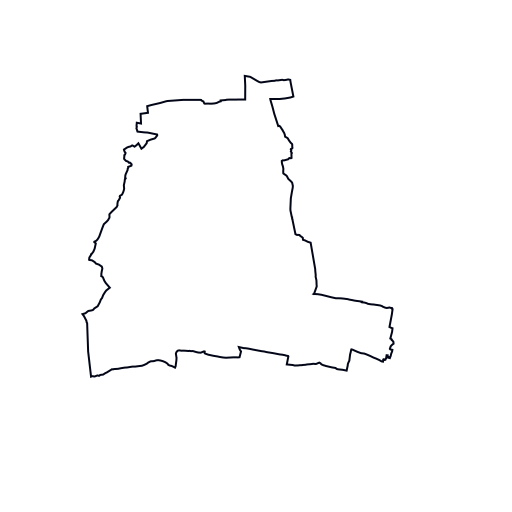 Lipovat, Vaslui, Romania, rotated 293°
{"feature_id": "2599482B42630334171019", "entity_name": "Lipovat", "entity_type": "district", "adm_level": 2, "iso_a3": "ROU", "parent_name": "Romania", "parent_adm1": "Vaslui", "projection": "orthographic", "projection_center": [27.694, 46.559], "detail": "fine", "context": "isolated", "style": "outline", "palette": "ink", "viewbox_px": 512, "rotation_deg": 293, "n_neighbors": 0, "source": "geoboundaries", "source_scale": "gbopen_adm2", "svg_char_len": 6107}
<svg xmlns="http://www.w3.org/2000/svg" viewBox="0 0 512 512"><g transform="rotate(293 256 256)"><path d="M260.4,402.5L260.4,402.0L261.2,401.6L261.1,400.9L260.8,400.1L260.8,399.5L260.7,398.8L260.1,398.1L259.2,396.6L258.9,394.9L258.9,392.9L258.9,392.2L259.1,391.8L259.0,389.7L258.6,388.2L258.5,387.7L257.5,384.0L257.3,383.1L257.1,382.7L256.3,380.2L255.7,377.6L255.8,376.2L255.5,373.9L254.8,371.8L254.7,371.1L254.9,370.9L255.3,371.0L255.1,370.2L253.5,364.4L253.0,361.8L252.3,358.8L252.2,357.6L251.1,353.6L250.1,350.4L248.3,346.0L247.4,341.2L246.7,336.6L245.9,331.5L245.0,327.8L244.5,326.5L244.1,325.2L243.9,324.7L243.5,324.1L243.5,323.9L244.0,324.2L251.5,323.8L252.1,323.6L253.6,322.8L255.6,321.9L257.4,321.0L260.2,319.0L261.8,318.4L265.6,316.3L267.1,315.6L289.6,301.1L289.3,298.1L289.5,295.1L289.3,292.9L291.0,292.0L291.4,290.8L291.8,288.7L292.2,288.2L292.3,287.8L291.8,286.2L291.4,285.6L291.5,283.8L302.9,275.9L304.1,275.2L304.3,274.7L305.8,274.1L305.9,273.7L311.4,269.9L313.1,269.1L322.8,265.5L329.1,264.0L333.3,263.1L335.0,262.5L337.5,260.7L337.9,260.1L338.5,258.7L339.6,255.6L341.6,253.2L342.0,252.2L342.6,249.1L342.8,248.8L344.5,248.0L347.0,247.1L349.1,245.7L350.5,244.4L352.1,243.3L353.6,242.6L354.5,243.2L354.9,244.4L357.6,247.8L359.2,248.4L359.6,249.9L360.1,250.4L364.1,248.6L364.6,248.8L365.1,248.5L365.7,247.3L367.0,247.2L367.8,246.3L368.1,246.3L369.2,247.3L369.7,247.3L370.9,246.6L372.6,245.9L373.2,245.4L373.9,243.5L375.4,241.0L376.5,239.6L376.9,238.9L377.2,236.2L378.9,235.1L380.2,233.9L382.2,231.2L382.6,230.9L382.7,230.5L384.3,228.2L384.9,226.9L384.9,226.5L384.3,225.7L394.1,217.2L399.7,212.9L405.3,208.3L406.1,207.8L409.9,216.7L412.4,221.2L415.4,225.8L417.4,228.1L429.5,219.9L431.5,218.7L431.1,216.6L430.0,215.1L428.9,213.3L428.6,212.5L428.6,211.8L428.2,210.9L426.1,207.4L425.6,206.0L424.5,204.6L423.3,202.1L417.7,192.8L417.4,191.1L417.6,188.8L418.6,181.2L418.6,180.4L417.4,175.3L408.7,179.5L395.8,184.9L389.4,170.0L388.3,167.8L387.7,167.1L385.4,162.7L384.6,163.1L383.8,162.0L381.5,160.0L381.0,159.3L380.2,158.1L378.8,155.5L377.5,152.2L376.2,149.3L376.2,148.8L377.7,147.2L377.8,145.1L378.2,144.6L378.0,143.8L371.4,128.2L364.1,114.0L363.3,112.8L359.4,108.0L354.1,100.7L351.4,97.3L345.6,100.6L342.9,96.1L341.8,94.2L333.0,98.4L332.1,94.2L329.0,95.2L328.8,95.6L327.4,96.0L326.9,96.0L324.2,98.3L326.1,104.7L327.3,108.1L329.2,117.5L328.6,117.9L328.1,117.9L325.4,117.2L324.6,116.8L321.9,113.5L319.1,110.8L317.1,111.3L312.5,110.1L310.0,108.6L313.8,103.7L311.3,102.7L309.2,101.5L309.5,99.1L309.3,98.7L307.8,97.7L306.6,96.0L305.1,94.6L304.0,94.0L302.5,92.9L302.2,92.9L300.5,94.5L300.1,95.5L299.7,95.7L298.2,95.8L297.6,95.4L297.4,95.4L296.2,95.9L294.4,96.4L293.6,97.0L292.7,99.4L292.9,100.8L292.8,101.4L292.2,102.6L292.3,102.9L292.6,103.1L292.7,103.7L292.5,104.3L292.1,104.6L292.0,105.4L291.4,105.9L290.5,106.0L289.9,105.5L288.1,103.5L287.2,103.9L286.2,103.8L285.0,104.2L280.5,104.1L279.3,104.2L276.5,105.1L276.5,105.7L276.3,105.7L275.1,105.4L273.2,106.0L269.5,106.7L266.5,108.3L265.1,108.6L263.0,108.8L260.5,108.7L259.8,108.5L258.3,107.3L257.5,107.3L256.5,108.1L253.5,107.8L252.9,107.5L252.1,107.5L250.4,107.9L249.2,108.3L248.6,108.7L246.6,108.6L240.1,105.8L237.3,104.8L236.7,104.9L234.5,106.0L233.9,106.1L231.3,105.8L229.3,105.1L225.8,103.5L221.8,103.6L212.7,104.1L210.7,103.9L209.2,103.6L207.8,103.1L207.0,102.5L206.0,101.6L205.6,101.7L205.5,102.0L205.0,103.6L199.7,104.6L196.4,104.6L194.0,104.0L193.3,103.8L193.1,103.5L192.5,103.7L189.5,103.2L187.4,103.8L187.2,104.0L187.9,106.6L187.8,107.4L187.4,109.7L187.2,110.3L186.5,111.6L186.7,114.8L186.0,118.2L184.8,119.2L184.3,119.5L181.6,120.0L178.8,120.7L178.2,121.1L177.0,121.4L176.9,122.7L176.7,123.1L176.3,123.7L174.0,126.0L172.4,128.3L169.7,133.8L165.7,131.6L163.6,131.1L160.3,130.6L157.2,130.7L155.3,130.2L152.4,130.3L147.9,129.9L144.5,127.6L142.9,127.2L141.8,126.1L140.0,123.3L139.4,122.8L136.7,121.4L134.7,119.0L133.4,121.2L130.1,125.2L128.7,126.1L128.2,126.8L102.5,138.8L80.5,151.3L81.4,152.2L81.7,153.2L81.8,154.0L82.1,154.6L84.0,156.6L84.2,157.1L84.3,158.1L84.6,158.6L85.4,158.9L85.9,159.5L87.1,161.6L89.5,163.2L90.4,164.1L92.4,165.5L95.5,167.7L95.7,168.6L96.4,169.4L98.2,173.0L100.3,176.1L102.1,179.0L102.9,180.7L105.8,185.3L107.1,188.2L109.0,191.4L110.4,193.9L112.1,195.7L114.3,197.6L115.8,198.4L117.9,200.2L119.3,203.0L121.0,205.0L121.9,206.6L122.5,209.0L122.8,211.5L122.8,214.1L122.3,216.6L121.5,217.9L121.5,219.8L121.8,221.0L121.8,222.6L121.6,225.1L123.0,225.1L128.8,223.5L131.1,222.7L134.8,220.4L135.9,220.3L136.9,220.4L138.2,220.9L139.1,222.1L139.7,224.4L140.7,226.6L142.3,231.3L142.8,232.0L143.0,233.3L143.8,234.9L144.3,239.0L144.6,240.6L145.4,242.9L147.9,245.4L148.0,246.1L147.1,246.3L146.5,246.7L146.3,247.4L146.5,250.6L147.5,255.8L148.5,259.9L148.9,262.1L149.7,265.3L150.6,268.1L154.0,275.0L155.7,279.2L156.4,280.4L162.3,279.5L163.3,277.9L164.3,276.9L165.5,275.8L166.4,280.7L167.1,282.6L167.8,285.3L168.8,290.3L170.6,298.5L170.7,298.8L171.3,300.9L171.7,303.4L173.3,309.8L174.6,316.0L175.4,318.7L176.0,321.5L176.0,322.2L176.5,324.7L176.3,325.0L168.2,326.7L170.0,332.4L170.3,334.4L171.6,337.3L172.6,339.0L173.2,340.4L174.1,341.9L175.1,343.9L176.1,345.3L177.8,348.6L179.2,350.9L179.9,353.1L180.4,353.8L182.2,355.5L182.6,356.0L182.4,357.4L181.9,358.4L181.8,359.1L181.8,361.0L182.0,361.9L182.0,362.9L183.1,369.3L184.0,373.0L183.9,373.4L183.6,374.1L183.6,375.0L184.0,376.6L185.1,380.2L185.9,384.2L191.1,383.2L192.3,382.8L193.9,382.7L196.1,382.8L202.1,381.1L204.7,380.7L206.6,380.3L207.3,380.3L207.5,381.4L207.4,386.9L207.6,390.6L208.5,393.9L208.6,396.3L208.6,400.1L208.4,403.9L208.5,406.7L208.4,410.4L208.1,412.3L208.1,413.2L208.4,414.2L210.2,413.6L210.7,413.7L210.7,414.0L210.2,414.2L210.4,414.8L211.0,415.6L211.9,415.4L212.4,415.8L215.7,415.0L216.0,416.0L214.8,416.3L214.9,417.3L214.1,417.4L214.3,419.1L216.8,419.0L219.1,418.6L221.3,418.6L222.9,418.2L222.5,416.2L222.8,415.5L223.5,415.4L225.4,415.3L226.3,415.5L227.7,416.1L229.0,416.9L230.7,416.0L231.4,414.8L231.6,413.8L232.2,413.6L232.4,413.2L232.5,411.9L239.4,410.9L242.8,409.9L242.7,408.2L242.8,406.6L255.2,403.9L260.4,402.5Z" fill="none" stroke="#020617" stroke-width="2"/></g></svg>